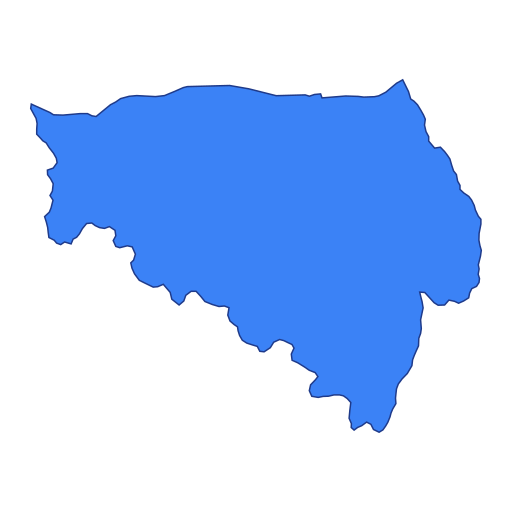 Riolândia, São Paulo, Brazil (orthographic projection)
{"feature_id": "56859067B96578254968742", "entity_name": "Riolândia", "entity_type": "district", "adm_level": 2, "iso_a3": "BRA", "parent_name": "Brazil", "parent_adm1": "São Paulo", "projection": "orthographic", "projection_center": [-49.714, -20.05], "detail": "fine", "context": "isolated", "style": "filled", "palette": "blue", "viewbox_px": 512, "rotation_deg": 0, "n_neighbors": 0, "source": "geoboundaries", "source_scale": "gbopen_adm2", "svg_char_len": 2888}
<svg xmlns="http://www.w3.org/2000/svg" viewBox="0 0 512 512"><path d="M229.6,85.5L187.3,86.6L183.3,87.6L173.7,91.8L164.5,95.6L155.5,96.6L136.7,95.6L129.1,96.3L120.6,98.6L115.7,102.0L110.5,104.7L96.1,116.5L91.9,115.8L87.5,113.6L80.3,113.6L63.0,115.1L53.5,114.8L49.9,112.5L31.3,104.1L30.7,108.5L33.9,114.4L36.1,118.4L37.1,123.5L36.7,129.2L36.7,134.2L39.6,137.2L42.8,140.8L46.2,142.9L49.2,147.7L53.5,153.2L56.3,158.2L57.1,162.7L53.2,168.1L47.4,170.1L47.6,174.7L50.6,178.8L53.2,183.7L52.4,191.1L50.0,195.5L53.0,200.2L51.0,208.1L49.3,212.2L44.6,216.6L46.4,222.3L47.7,227.6L48.2,232.4L48.9,237.5L54.2,240.2L56.6,243.1L60.7,244.6L64.6,242.0L71.1,243.9L73.1,239.1L76.6,237.3L79.4,233.9L82.4,228.6L86.6,223.5L91.8,223.0L95.2,225.6L99.5,227.6L104.5,228.4L109.4,226.6L115.0,230.3L115.8,235.8L113.2,240.6L115.8,246.4L119.7,247.7L127.3,245.8L132.2,246.9L135.4,254.2L133.6,260.1L130.8,262.9L132.0,268.2L134.5,273.8L139.3,280.3L144.1,282.7L153.2,287.1L157.7,286.7L163.3,284.3L170.2,292.4L171.8,299.2L179.1,305.0L183.8,301.0L185.8,295.3L191.1,291.3L196.1,291.3L200.7,296.3L204.9,301.5L212.3,304.5L219.0,306.5L224.4,306.0L229.0,307.7L227.8,315.1L230.0,321.0L234.2,324.6L237.5,326.8L238.1,330.8L239.6,335.5L242.3,340.2L246.8,343.1L252.7,345.0L257.3,346.4L259.8,351.3L264.1,351.8L270.3,347.7L273.7,342.2L279.6,339.5L283.8,340.6L287.5,342.4L292.0,344.5L294.0,348.1L291.3,354.1L292.1,360.3L297.6,362.7L304.4,366.9L309.3,370.3L315.2,372.6L317.9,376.6L315.4,379.8L310.6,384.8L309.3,390.7L311.8,396.3L318.2,397.4L323.1,396.4L328.5,396.2L334.0,394.9L339.5,394.9L343.4,395.8L347.2,398.5L350.8,402.5L349.8,410.7L349.1,418.3L351.4,423.6L351.2,427.5L354.1,430.1L357.7,427.4L361.7,425.7L366.6,422.1L370.9,424.3L373.5,429.5L379.1,432.2L382.9,429.9L385.6,426.1L387.8,422.3L390.0,416.9L391.0,413.1L392.7,409.0L395.9,403.6L395.5,398.1L395.9,394.1L396.5,388.8L398.3,384.0L402.0,379.0L407.3,373.5L411.9,365.7L412.6,359.8L414.3,355.3L416.3,350.7L418.5,345.9L418.8,338.3L420.6,333.4L421.3,328.6L420.6,319.8L423.1,307.9L422.1,301.8L420.9,297.2L419.7,292.1L424.8,292.5L434.1,302.7L438.1,305.2L444.6,305.0L448.9,300.1L454.5,301.3L458.6,303.2L463.6,301.0L468.7,297.8L469.6,293.1L471.8,288.6L476.5,286.4L479.0,282.5L479.5,278.6L478.2,274.3L479.1,268.9L478.3,264.8L480.5,256.0L481.3,250.3L479.9,245.5L478.9,240.1L479.1,233.4L480.9,224.1L480.9,219.3L478.3,216.2L475.4,210.0L474.2,205.4L471.6,200.1L468.8,196.4L463.8,193.0L460.0,189.4L460.0,185.4L457.6,181.1L456.4,174.5L453.6,171.0L451.7,165.3L449.9,159.0L447.5,155.4L444.7,151.7L440.4,147.2L434.6,148.1L431.9,144.9L428.7,141.1L428.7,136.7L426.0,131.6L424.5,125.1L425.3,119.2L423.5,115.0L420.8,110.2L417.5,104.8L413.9,101.1L410.7,99.0L408.5,91.6L402.7,79.8L396.6,83.2L385.8,92.2L378.8,95.8L374.5,96.7L363.8,97.1L358.2,96.4L345.6,96.0L322.0,97.9L320.6,93.9L314.4,94.5L309.4,96.2L305.2,94.9L276.2,95.7L248.7,88.8L229.6,85.5Z" fill="#3b82f6" stroke="#1e3a8a" stroke-width="1.5"/></svg>